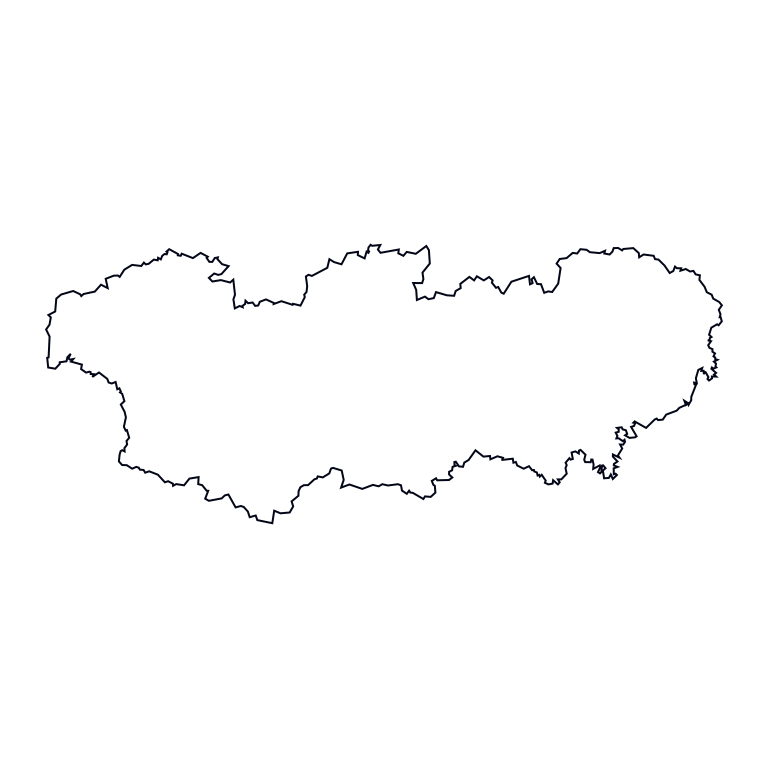 Chris Hani, Eastern Cape, South Africa
{"feature_id": "47623444B97098873518332", "entity_name": "Chris Hani", "entity_type": "district", "adm_level": 2, "iso_a3": "ZAF", "parent_name": "South Africa", "parent_adm1": "Eastern Cape", "projection": "orthographic", "projection_center": [27.423, -31.861], "detail": "fine", "context": "isolated", "style": "outline", "palette": "ink", "viewbox_px": 768, "rotation_deg": 0, "n_neighbors": 0, "source": "geoboundaries", "source_scale": "gbopen_adm2", "svg_char_len": 6092}
<svg xmlns="http://www.w3.org/2000/svg" viewBox="0 0 768 768"><path d="M716.2,376.6L714.0,374.6L716.1,372.9L711.4,368.8L711.9,367.5L713.5,368.6L716.4,367.4L715.5,366.4L716.0,363.6L713.9,361.6L717.4,359.8L715.2,359.1L715.2,357.5L713.5,356.4L715.0,353.4L712.4,351.7L712.5,349.2L709.4,347.8L708.2,345.2L711.0,341.2L707.8,340.4L709.7,340.0L709.8,338.0L711.5,337.0L709.1,334.8L711.3,327.7L717.1,324.3L718.6,325.3L721.8,321.3L720.6,317.1L719.7,317.2L720.5,314.3L718.8,309.8L721.9,305.3L719.2,302.0L713.2,298.6L711.7,294.7L706.8,292.2L704.6,286.8L699.4,279.9L699.9,275.3L695.7,274.4L693.4,270.9L690.1,271.5L685.8,269.0L680.5,270.7L681.2,268.3L676.8,268.2L675.0,266.6L673.3,271.0L669.7,273.0L664.5,265.5L658.5,259.6L655.0,259.1L653.7,255.8L643.6,254.5L639.2,257.3L638.8,253.1L633.3,248.1L623.3,249.0L622.1,250.4L618.2,248.0L613.7,248.1L612.4,251.7L609.6,254.5L604.3,253.5L605.0,250.8L599.7,253.1L589.9,252.2L586.6,249.8L580.4,249.2L577.2,253.5L572.7,252.9L566.6,258.1L559.7,259.0L556.6,263.6L560.6,268.0L558.2,283.6L552.2,292.0L548.2,291.4L544.2,292.8L541.0,284.2L537.2,284.0L533.9,277.2L531.6,279.3L532.6,283.1L530.0,284.3L529.0,275.9L511.4,281.7L503.7,293.7L501.3,292.6L498.2,287.0L496.0,287.8L491.9,282.7L492.6,280.4L489.1,277.0L483.8,280.4L476.9,276.3L474.1,280.4L469.4,276.9L460.3,283.9L460.7,288.1L455.7,291.0L454.1,295.8L446.9,295.3L436.0,292.1L433.8,298.1L428.4,299.2L425.0,296.6L416.9,300.0L416.2,289.9L413.2,283.0L422.1,283.1L423.4,279.1L422.5,272.6L429.8,263.5L428.9,250.2L426.3,246.0L415.8,253.8L406.7,251.9L403.4,255.8L398.3,253.3L398.8,249.5L380.5,252.8L377.9,249.5L380.3,245.0L372.1,245.8L370.6,244.8L368.5,247.5L368.1,250.2L369.1,251.5L368.4,252.8L366.6,251.6L364.6,258.4L357.8,255.1L358.0,251.8L347.2,253.4L341.5,264.3L334.1,262.1L329.4,259.2L327.3,267.8L311.9,275.9L308.5,274.8L305.9,276.5L307.2,286.1L306.5,292.0L304.2,294.7L304.8,297.1L300.5,305.6L293.0,303.8L292.6,304.8L281.4,301.2L273.7,304.0L273.9,303.0L266.0,299.4L259.8,301.8L258.2,305.5L255.2,305.9L252.6,302.5L248.1,303.2L245.5,300.7L245.1,304.0L242.4,305.9L242.7,307.2L239.6,306.0L234.8,308.4L233.4,299.3L235.0,294.8L233.3,279.7L230.1,282.5L220.9,280.1L212.4,281.5L208.9,277.9L214.2,273.5L218.2,274.9L221.4,274.1L228.6,266.1L222.1,264.2L217.4,259.1L217.9,257.4L214.8,258.0L212.3,261.9L209.4,261.9L206.6,257.9L207.8,256.7L200.6,252.9L192.9,258.1L181.7,253.7L180.7,255.8L177.8,255.3L178.0,254.0L169.2,249.2L166.5,251.6L167.5,252.2L166.7,254.3L164.5,254.0L162.2,255.9L160.8,259.4L158.1,257.8L157.7,260.3L153.8,259.6L148.7,263.8L145.8,264.4L143.9,262.6L141.3,266.0L132.1,264.9L124.3,269.7L119.7,276.9L117.9,275.5L113.7,275.7L105.7,278.8L107.7,288.1L101.0,284.7L94.8,291.6L83.6,294.0L81.3,296.1L80.2,294.3L73.2,291.0L61.2,294.5L56.3,298.6L55.2,311.5L48.4,315.0L50.8,317.4L49.5,324.7L46.1,329.5L49.6,336.6L48.6,357.4L47.2,357.8L48.2,367.5L55.3,368.7L59.8,363.9L59.7,362.3L66.5,361.3L67.4,357.2L70.7,353.8L68.4,358.4L69.9,359.6L73.3,359.0L71.0,361.6L81.9,364.6L81.1,369.1L86.1,372.6L89.3,371.7L90.6,372.1L90.7,374.0L93.9,374.2L92.4,376.9L99.0,372.5L107.3,378.9L108.6,382.5L111.8,383.5L115.6,382.0L117.3,389.3L119.4,388.3L120.8,391.4L120.0,392.4L122.2,393.8L124.4,401.2L120.8,404.5L124.6,411.8L125.9,417.3L123.9,426.8L125.7,430.6L126.9,430.1L129.2,437.8L126.5,441.0L127.1,444.5L124.4,448.2L124.6,451.4L122.2,450.2L120.6,451.2L119.6,454.7L118.9,461.4L122.1,465.0L126.8,465.2L132.2,468.7L136.2,466.9L138.8,467.7L139.8,469.6L143.6,470.0L145.2,472.7L149.2,471.3L157.9,474.7L164.9,482.3L168.1,481.2L172.9,483.7L173.1,485.8L176.2,484.1L184.1,485.3L189.4,478.6L198.6,477.1L198.2,484.1L202.2,485.2L206.6,490.7L208.2,490.8L205.2,498.7L208.9,500.8L221.7,498.4L224.8,495.4L228.4,494.5L235.6,507.4L240.8,506.0L243.8,507.0L247.9,511.6L249.7,517.2L255.7,515.5L257.3,520.1L272.3,523.2L274.2,510.7L280.5,513.3L289.7,512.5L293.2,506.4L291.6,501.4L298.4,495.8L298.6,491.1L300.4,487.2L303.8,485.2L308.1,485.1L314.4,479.3L316.9,478.5L317.7,476.4L322.8,477.4L329.3,473.4L331.0,468.6L333.0,467.9L341.7,470.5L343.7,479.9L341.1,487.6L349.4,484.5L362.3,488.9L372.9,484.9L378.7,486.3L382.3,484.2L388.0,485.5L397.9,484.2L401.0,485.3L402.0,490.6L406.8,493.8L409.1,490.7L410.4,492.6L412.7,492.8L423.4,499.0L425.0,496.4L430.7,496.9L435.4,492.6L434.8,485.7L433.4,484.9L431.8,480.9L436.0,478.3L437.2,480.3L449.0,480.0L452.3,477.5L449.1,474.5L449.1,471.8L452.1,470.3L452.6,466.8L455.8,465.8L454.5,465.1L454.4,462.0L455.8,461.7L459.0,466.4L463.0,466.8L464.3,462.6L468.6,460.0L475.5,450.3L483.4,456.6L490.0,456.0L490.4,459.3L497.4,456.3L503.0,457.8L502.2,459.6L502.3,459.9L512.8,458.7L513.4,462.7L515.9,462.0L517.2,465.5L523.7,468.7L529.0,466.2L532.1,470.2L533.9,470.0L534.2,471.4L536.9,472.5L537.6,475.5L539.2,474.9L539.8,476.6L541.7,474.8L545.7,480.6L544.9,482.8L548.5,484.4L552.6,483.6L553.1,480.2L557.9,484.4L559.7,482.3L557.9,479.4L561.3,479.4L566.7,473.7L565.5,468.1L566.7,465.1L565.6,462.7L569.4,458.2L570.5,459.6L572.8,459.0L571.6,452.5L575.4,451.4L578.8,453.5L579.0,450.6L580.5,449.9L585.5,454.7L584.2,459.8L585.2,462.1L590.7,462.2L591.3,459.5L592.5,459.6L593.6,464.5L593.2,468.9L599.8,465.4L600.3,467.2L598.0,472.1L600.0,473.4L601.3,472.2L602.0,465.6L603.1,465.3L605.5,468.2L602.9,470.6L604.1,478.3L608.9,477.9L610.8,474.5L612.8,479.0L616.9,475.0L615.6,473.7L613.8,474.2L613.7,468.3L617.6,466.9L613.8,465.4L613.9,464.0L617.5,461.5L612.9,456.6L612.9,454.5L619.4,457.6L617.9,455.5L622.2,448.5L620.1,444.5L623.2,444.6L625.0,441.9L624.5,439.8L622.9,441.2L618.7,438.3L616.4,438.4L617.4,435.9L615.7,432.6L618.7,431.8L618.7,429.4L617.0,427.9L621.7,427.3L622.7,429.4L625.8,430.2L627.2,433.9L625.1,435.3L629.5,437.9L635.2,437.3L636.6,436.3L631.1,426.9L634.1,425.9L635.2,423.1L633.4,422.7L634.6,421.4L646.1,427.9L654.7,419.5L656.7,418.6L658.1,420.1L662.8,419.6L666.2,414.6L676.6,410.7L679.4,407.8L685.9,404.8L684.4,400.8L687.0,402.5L686.7,404.5L688.2,403.4L688.6,404.8L691.2,400.3L691.3,396.8L696.0,384.8L694.4,384.3L694.1,382.6L696.8,383.2L695.9,378.2L698.3,369.9L702.2,368.0L701.3,370.9L703.6,370.8L703.9,374.2L704.6,372.0L705.6,372.2L708.4,377.1L707.5,378.9L709.0,380.5L712.0,378.4L711.9,376.5L716.2,376.6Z" fill="none" stroke="#020617" stroke-width="2"/></svg>